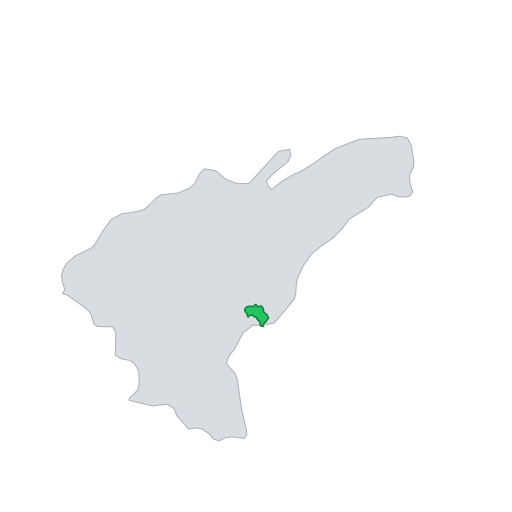 location of Las Charcas, Azua, Dominican Republic, rotated 317°
{"feature_id": "3306468B70810914734022", "entity_name": "Las Charcas", "entity_type": "district", "adm_level": 2, "iso_a3": "DOM", "parent_name": "Dominican Republic", "parent_adm1": "Azua", "projection": "orthographic", "projection_center": [-70.568, 18.379], "detail": "fine", "context": "in_parent", "style": "filled", "palette": "green", "viewbox_px": 512, "rotation_deg": 317, "n_neighbors": 0, "source": "geoboundaries", "source_scale": "gbopen_adm2", "svg_char_len": 4298}
<svg xmlns="http://www.w3.org/2000/svg" viewBox="0 0 512 512"><g transform="rotate(317 256 256)"><path d="M88.7,336.7L89.3,318.6L92.1,311.2L89.6,303.5L78.1,295.1L71.1,284.5L64.9,275.0L66.3,273.7L78.9,273.3L83.3,269.9L91.8,260.3L93.6,252.6L92.9,246.7L87.5,239.7L85.4,232.3L92.2,225.9L101.1,216.6L102.4,213.0L102.2,209.4L91.9,199.4L91.2,195.2L96.1,184.5L95.7,177.3L91.1,155.1L88.8,151.8L93.4,150.0L96.5,143.4L100.5,137.5L105.9,134.4L111.9,132.4L123.9,132.6L140.5,137.8L145.2,137.8L161.2,133.2L174.5,130.6L186.9,133.6L191.9,137.6L202.2,143.9L207.4,145.9L223.6,145.7L228.1,146.4L241.8,156.8L253.3,161.0L260.0,161.2L271.9,157.1L277.8,157.2L284.7,166.2L286.1,179.0L291.8,190.7L300.6,198.2L343.7,194.8L353.3,200.9L350.1,206.0L344.0,208.7L323.5,207.6L314.5,208.3L312.8,213.4L312.7,218.1L324.8,219.1L336.5,221.4L348.5,225.1L360.8,227.6L374.5,229.2L388.0,231.8L410.7,240.8L435.9,261.5L442.6,266.2L447.1,272.7L445.1,280.8L436.3,294.2L431.3,298.5L424.0,301.2L419.0,306.6L414.2,316.0L411.2,316.8L407.7,316.4L401.6,311.2L397.3,303.2L385.1,295.8L370.8,296.9L349.6,292.5L336.8,294.8L324.0,295.4L310.9,293.2L297.8,292.4L284.6,295.3L271.9,300.2L267.2,303.3L259.1,310.9L254.7,313.7L223.7,317.5L214.7,312.0L206.4,304.4L194.5,303.4L177.2,309.2L166.3,311.3L161.9,313.8L160.6,316.7L160.6,327.3L158.1,333.7L141.1,357.9L131.5,375.0L127.6,380.3L123.0,381.4L114.7,371.5L109.4,367.9L102.9,366.1L100.1,360.8L100.3,353.4L98.6,346.2L94.6,340.5L88.7,336.7Z" fill="#d9dde1" stroke="#a8b0b8" stroke-width="1"/><path d="M208.5,295.0L208.5,295.3L208.8,295.3L208.9,295.1L209.0,295.0L209.3,295.0L209.4,294.9L209.5,294.9L209.5,295.0L209.8,295.0L210.1,295.0L210.3,295.1L210.5,295.2L210.6,295.3L210.9,295.3L211.0,295.3L211.3,295.4L211.4,295.5L211.5,295.5L211.8,295.7L212.0,295.7L212.0,295.8L212.3,295.9L212.3,296.0L212.5,296.0L212.6,296.3L212.8,296.4L212.9,296.6L213.0,296.6L213.0,296.8L213.1,297.1L213.1,297.4L213.1,297.5L213.2,297.8L213.3,297.9L213.3,298.2L213.2,298.2L213.3,298.2L213.3,298.3L213.3,298.5L213.4,298.9L213.4,299.1L213.4,299.3L213.4,299.6L213.5,299.6L213.6,299.8L213.8,300.0L214.0,300.2L214.0,300.3L214.1,300.5L214.2,301.1L214.2,301.4L214.2,301.6L214.2,301.8L214.3,301.8L214.3,302.0L214.2,302.2L214.2,302.4L214.2,302.5L213.9,302.7L213.8,302.8L213.8,303.1L213.7,303.1L213.7,303.3L213.7,303.5L213.7,303.9L213.6,304.1L213.7,304.3L213.8,304.4L213.7,304.8L213.8,304.8L213.8,305.0L214.0,305.2L214.0,305.3L214.1,305.5L214.1,305.9L214.1,306.4L214.1,306.7L214.0,306.8L214.0,307.0L213.9,307.2L213.8,307.3L213.7,307.3L213.3,307.3L213.2,307.3L213.1,307.5L213.0,307.8L212.9,307.9L212.9,308.3L212.7,308.4L212.7,308.5L212.6,308.8L212.4,308.9L212.4,309.0L212.2,309.2L212.2,309.3L212.2,309.5L212.0,309.8L212.0,310.0L211.9,310.0L211.9,310.3L212.0,310.3L212.0,310.5L211.9,310.8L212.0,311.0L212.1,311.3L212.3,311.4L212.4,311.5L212.5,311.5L212.8,311.6L213.0,311.7L213.0,311.8L213.2,312.2L213.3,312.3L213.4,312.5L213.7,312.0L213.9,311.6L214.0,311.4L214.2,311.2L214.6,311.1L215.0,310.9L215.4,310.9L215.9,311.1L216.1,311.1L216.3,311.0L216.7,310.7L216.9,310.6L217.1,310.6L217.4,310.6L217.7,310.8L218.0,310.9L218.4,310.9L218.7,310.9L219.0,310.8L219.9,310.4L220.7,310.2L221.2,310.1L221.5,310.1L221.8,310.2L222.0,310.2L222.7,309.9L222.8,309.9L222.9,309.7L223.0,309.6L223.5,308.4L223.6,308.2L223.6,307.6L223.7,307.3L223.8,307.1L224.0,306.8L224.1,306.6L224.0,306.0L223.9,304.9L223.8,304.7L223.7,304.4L223.6,304.1L223.6,302.3L223.6,301.8L223.7,301.6L223.8,301.4L224.8,300.5L225.0,300.2L225.4,299.5L225.5,299.2L225.5,298.4L225.5,298.2L225.7,297.8L225.8,297.1L226.0,296.7L225.7,296.0L225.6,295.9L224.8,295.4L224.5,295.3L224.2,295.4L223.9,295.3L223.3,294.9L223.0,294.7L222.8,294.5L222.7,294.3L222.7,293.8L222.7,293.3L222.9,292.8L222.9,292.6L222.8,292.3L222.9,292.0L222.7,291.8L222.5,291.6L222.4,291.5L222.4,291.3L222.4,291.0L220.1,291.0L219.7,291.0L219.5,290.9L218.9,290.6L218.6,290.3L218.4,290.0L218.3,289.6L218.2,289.4L218.0,289.2L217.7,288.8L217.4,288.6L216.4,288.1L215.7,287.5L215.5,287.3L214.9,287.0L214.7,287.0L213.0,286.9L212.5,287.0L211.8,287.3L211.2,287.6L210.8,287.9L210.7,288.1L210.3,288.8L210.0,289.4L210.0,289.6L210.0,289.9L210.2,290.4L210.2,290.6L210.3,291.1L210.2,291.5L209.9,292.2L209.4,292.8L209.3,293.1L209.3,293.6L209.2,293.7L209.1,293.9L208.8,294.3L208.7,294.7L208.5,295.0Z" fill="#22c55e" stroke="#15803d" stroke-width="1.5"/></g></svg>